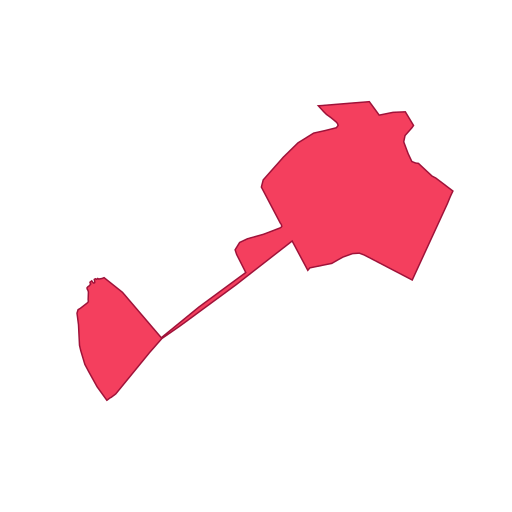 outline of Al Galabat Al Gharbyah - Kassab, Gedarif, Sudan, rotated 60°
{"feature_id": "16777658B97978388224054", "entity_name": "Al Galabat Al Gharbyah - Kassab", "entity_type": "district", "adm_level": 2, "iso_a3": "SDN", "parent_name": "Sudan", "parent_adm1": "Gedarif", "projection": "natural_earth1", "projection_center": [35.305, 13.365], "detail": "fine", "context": "isolated", "style": "filled", "palette": "rose", "viewbox_px": 512, "rotation_deg": 60, "n_neighbors": 0, "source": "geoboundaries", "source_scale": "gbopen_adm2", "svg_char_len": 1513}
<svg xmlns="http://www.w3.org/2000/svg" viewBox="0 0 512 512"><g transform="rotate(60 256 256)"><path d="M306.4,457.3L306.4,457.2L305.9,453.6L306.0,452.0L305.3,446.4L288.8,402.8L286.4,396.5L280.4,378.8L278.6,356.9L276.0,333.4L270.9,287.3L268.9,273.2L261.1,217.2L294.3,218.3L293.2,215.3L300.3,193.9L300.3,187.0L300.4,181.2L302.2,171.2L305.2,165.1L309.2,161.8L354.9,132.7L306.3,64.0L302.8,59.5L301.6,57.9L300.6,56.5L298.2,53.0L278.4,61.3L274.8,63.6L269.2,65.3L268.3,65.6L257.0,69.0L255.4,71.2L252.1,73.8L243.6,73.1L239.9,72.5L231.0,71.0L226.2,66.7L222.9,56.8L221.7,54.3L205.8,54.6L200.1,65.5L195.6,78.9L187.9,79.7L179.0,80.7L177.7,83.5L172.4,94.6L157.1,126.9L159.0,126.5L164.9,125.2L168.6,124.2L173.7,121.9L180.2,119.5L182.1,119.2L184.0,119.6L185.1,122.3L181.9,133.5L178.4,144.6L179.0,163.1L184.1,183.0L187.1,191.8L187.9,194.3L193.7,211.7L199.0,216.9L239.6,218.5L241.4,218.3L243.3,218.9L243.7,220.0L243.7,221.2L240.9,238.8L236.8,254.7L236.1,263.4L240.2,271.0L245.0,272.0L265.2,273.1L271.6,330.7L279.4,378.7L279.4,378.9L220.7,389.8L198.8,398.4L198.5,400.5L197.3,403.8L196.3,404.3L196.5,405.7L195.4,406.5L195.4,407.8L197.0,408.2L198.4,409.0L198.4,410.0L197.5,410.5L195.4,410.7L195.7,412.9L196.6,413.2L197.6,413.1L198.4,415.2L198.6,417.1L199.1,418.3L200.1,418.7L201.5,418.7L203.0,419.0L203.8,419.4L209.9,423.2L211.5,423.9L212.2,425.0L213.5,434.4L213.5,436.9L216.0,439.6L226.8,444.1L245.1,453.5L250.4,455.1L264.3,458.4L272.9,458.7L289.8,459.0L306.4,457.3Z" fill="#f43f5e" stroke="#9f1239" stroke-width="1.5"/></g></svg>